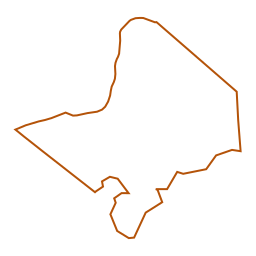 Cabell, West Virginia, United States of America
{"feature_id": "52423323B7608652803448", "entity_name": "Cabell", "entity_type": "district", "adm_level": 2, "iso_a3": "USA", "parent_name": "United States of America", "parent_adm1": "West Virginia", "projection": "robinson", "projection_center": [-82.288, 38.414], "detail": "fine", "context": "isolated", "style": "outline", "palette": "amber", "viewbox_px": 256, "rotation_deg": 0, "n_neighbors": 0, "source": "geoboundaries", "source_scale": "gbopen_adm2", "svg_char_len": 892}
<svg xmlns="http://www.w3.org/2000/svg" viewBox="0 0 256 256"><path d="M240.6,151.2L238.2,120.3L236.7,91.7L156.5,22.1L155.0,22.3L143.3,18.0L140.2,17.9L135.5,18.2L130.9,19.9L129.5,20.9L123.2,27.5L121.2,29.6L120.1,31.8L119.9,33.4L120.2,40.7L119.1,53.7L118.0,56.8L116.8,59.1L115.5,62.8L115.0,66.1L115.4,74.0L114.9,78.8L113.8,82.1L111.7,86.6L110.8,90.8L110.1,95.6L108.1,101.6L105.2,106.7L102.1,109.6L97.1,111.7L87.5,113.1L76.9,115.4L73.0,115.6L65.6,112.6L51.2,118.2L50.4,118.4L45.0,120.0L38.8,121.4L25.7,125.3L15.4,129.6L23.8,136.4L41.3,150.2L95.0,192.2L96.0,191.3L103.0,186.6L102.0,181.4L109.9,176.8L117.7,178.7L128.6,193.2L121.6,193.1L114.2,198.3L115.7,202.8L110.4,214.3L117.2,231.0L128.8,238.1L134.1,237.6L145.7,212.6L162.2,202.2L157.6,189.9L155.8,189.1L167.1,189.1L177.2,171.9L183.2,173.8L206.2,169.2L216.1,155.4L232.0,149.9L240.6,151.2Z" fill="none" stroke="#b45309" stroke-width="2"/></svg>